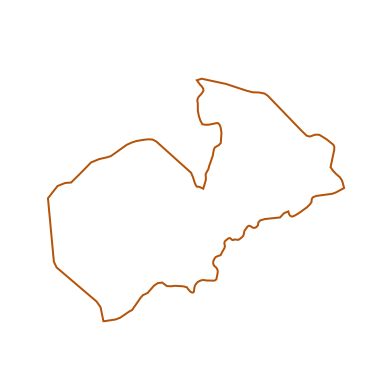 map outline of Marahoué (Robinson projection), rotated 78°
{"feature_id": "CIV-3444", "entity_name": "Marahoué", "entity_type": "Department", "adm_level": 1, "iso_a3": "CIV", "parent_name": "Ivory Coast", "parent_adm1": "", "projection": "robinson", "projection_center": [-5.831, 7.116], "detail": "fine", "context": "isolated", "style": "outline", "palette": "amber", "viewbox_px": 384, "rotation_deg": 78, "n_neighbors": 0, "source": "natural_earth", "source_scale": "10m", "svg_char_len": 2606}
<svg xmlns="http://www.w3.org/2000/svg" viewBox="0 0 384 384"><g transform="rotate(78 192 192)"><path d="M300.0,305.5L299.7,305.5L285.7,305.4L279.3,308.1L237.7,340.1L231.5,341.6L168.2,334.2L158.2,322.3L156.8,314.1L157.6,308.3L150.3,296.9L142.1,284.6L140.5,275.9L140.4,267.8L140.0,263.8L132.3,246.1L131.1,240.7L130.6,236.0L130.9,227.8L131.4,223.7L132.5,219.6L135.2,216.4L173.0,188.9L177.6,188.0L183.6,187.4L186.3,186.8L187.9,186.1L188.3,184.2L188.9,183.2L191.1,180.3L182.8,175.8L177.6,175.0L176.9,174.6L173.0,171.2L170.5,170.0L160.9,164.2L155.3,161.9L154.0,161.1L153.3,160.4L152.8,159.4L151.8,156.1L150.1,153.7L140.8,151.0L136.7,150.6L133.8,150.6L132.5,150.9L130.5,151.8L129.9,152.7L129.7,154.0L129.7,160.8L129.2,164.4L127.9,167.8L123.7,169.0L119.4,169.5L113.7,169.4L106.6,167.9L103.5,167.8L101.6,166.8L100.2,165.6L98.9,163.7L97.4,161.7L95.4,159.8L93.4,159.5L90.8,160.4L88.5,161.9L83.7,164.0L83.2,159.0L93.3,136.4L104.4,117.3L107.1,111.8L108.6,105.8L110.8,100.5L113.7,97.8L154.6,72.3L160.8,68.1L161.4,66.9L162.2,65.4L162.2,64.4L161.6,60.1L161.8,58.2L162.5,55.6L168.4,49.4L175.2,43.9L177.4,43.4L180.3,44.1L196.5,51.3L200.4,49.7L204.3,47.3L208.3,44.3L211.3,43.1L213.5,42.7L219.7,42.4L222.3,51.1L222.9,55.2L221.7,71.0L222.0,73.4L222.4,75.0L223.2,75.8L224.1,76.4L225.2,76.8L226.5,77.1L228.5,79.1L230.8,82.6L234.8,91.7L236.3,95.9L236.9,98.9L236.5,100.0L235.8,100.7L234.9,101.3L232.8,101.8L231.0,101.8L231.8,106.2L232.3,107.1L235.2,111.1L233.6,126.4L234.0,131.2L235.2,133.0L236.0,133.6L238.1,134.3L239.7,136.3L240.1,137.8L239.9,139.2L239.3,140.2L237.6,141.9L236.9,143.1L237.0,144.1L237.5,145.1L239.1,146.7L239.7,147.5L240.5,148.3L241.3,149.0L244.4,150.3L245.7,151.2L246.7,152.7L248.1,155.5L248.4,157.0L247.8,158.5L247.2,160.6L247.6,161.8L247.1,162.8L246.2,163.5L245.1,164.2L244.8,165.2L245.1,166.4L246.5,169.2L247.3,170.3L248.3,170.8L249.3,171.1L250.6,171.0L251.9,171.1L253.5,171.8L257.1,175.1L259.6,177.0L259.9,178.4L260.0,179.9L260.6,182.4L261.7,183.7L263.5,185.2L264.8,185.8L266.1,186.1L267.2,186.1L268.4,185.8L269.3,185.3L270.2,184.6L270.8,184.1L272.0,183.6L273.9,183.2L275.3,183.4L276.7,183.8L282.4,186.3L283.1,187.5L283.3,188.9L281.7,195.7L280.6,198.8L280.3,200.3L280.4,202.1L281.1,204.7L282.1,206.4L283.1,207.6L284.0,208.4L284.9,209.0L285.9,209.5L290.0,210.9L290.5,211.8L290.4,212.8L289.7,213.7L288.9,214.5L286.3,215.9L284.2,216.8L282.7,219.6L282.1,221.4L280.2,228.2L279.9,232.0L278.8,236.1L274.4,240.0L274.0,244.4L275.8,248.8L281.5,256.3L282.7,261.5L284.8,264.3L295.1,275.3L295.5,277.4L297.8,283.0L300.0,288.3L300.8,293.3L300.1,305.2L300.0,305.5Z" fill="none" stroke="#b45309" stroke-width="2"/></g></svg>